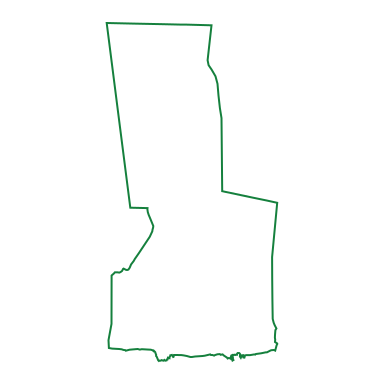 Lotofaga, Atua, Samoa
{"feature_id": "51752279B14441590630946", "entity_name": "Lotofaga", "entity_type": "district", "adm_level": 2, "iso_a3": "WSM", "parent_name": "Samoa", "parent_adm1": "Atua", "projection": "natural_earth1", "projection_center": [-171.572, -14.0], "detail": "fine", "context": "isolated", "style": "outline", "palette": "green", "viewbox_px": 384, "rotation_deg": 0, "n_neighbors": 0, "source": "geoboundaries", "source_scale": "gbopen_adm2", "svg_char_len": 2155}
<svg xmlns="http://www.w3.org/2000/svg" viewBox="0 0 384 384"><path d="M108.9,348.0L112.1,348.6L119.1,349.0L121.7,349.3L123.3,349.9L125.4,350.2L125.8,350.7L129.6,349.7L137.7,349.0L139.8,349.6L141.8,349.2L147.1,349.5L150.8,349.7L152.7,350.3L153.5,351.1L153.8,350.7L155.2,352.1L155.7,353.8L156.1,354.5L156.1,356.0L156.8,356.9L158.2,360.3L158.9,361.0L159.7,360.5L160.7,360.7L161.6,360.1L163.3,360.7L164.4,359.9L165.2,360.7L166.6,360.4L166.9,359.5L167.6,359.4L167.9,357.7L169.5,358.2L169.6,356.8L170.3,356.0L170.3,355.3L171.9,354.9L173.2,357.0L173.5,356.9L174.0,355.0L176.7,355.0L181.5,355.1L183.7,355.4L186.8,356.0L190.4,357.0L191.9,357.0L195.1,356.5L202.6,356.0L204.8,355.7L210.2,354.4L210.9,355.0L212.5,355.0L214.1,355.6L214.9,355.1L217.4,354.3L219.8,354.1L220.6,354.8L222.6,354.4L223.8,355.5L227.0,357.6L227.6,358.5L228.8,358.0L230.7,358.6L231.4,359.4L232.4,359.5L232.6,360.5L233.4,360.0L232.5,358.7L233.0,358.1L232.7,356.9L231.2,358.1L230.7,357.5L231.3,355.5L232.8,354.8L233.8,355.1L234.3,354.7L235.3,355.0L236.1,354.6L236.9,354.8L237.2,353.5L237.8,353.0L239.3,353.1L240.1,354.1L239.9,356.5L240.8,357.8L241.9,355.3L243.1,355.2L243.0,356.7L243.4,357.5L244.4,357.6L244.7,356.6L244.5,355.6L246.3,355.1L250.2,355.1L254.3,354.4L255.2,354.6L255.9,354.0L261.1,353.3L265.9,352.3L267.0,352.3L270.5,350.5L271.4,350.2L273.9,350.0L275.2,350.6L276.6,345.3L277.3,343.9L277.1,343.4L275.0,342.0L275.2,339.5L274.9,337.8L275.0,335.0L275.4,330.1L276.4,328.5L274.7,325.2L273.7,322.8L272.7,318.9L272.4,299.5L272.2,278.4L272.1,257.1L277.2,202.8L266.7,200.5L252.6,197.6L222.2,191.2L221.5,118.1L219.9,108.1L218.5,95.6L217.5,83.8L215.5,76.3L211.6,69.6L208.6,65.2L207.6,60.2L211.5,25.3L186.0,24.6L181.0,24.6L163.6,24.2L133.7,23.6L106.7,23.0L117.4,106.9L130.3,207.7L147.5,208.1L147.4,209.3L147.8,212.1L148.7,214.9L149.9,217.7L153.3,226.0L153.1,227.6L152.5,229.8L152.3,231.3L149.8,236.7L138.9,253.1L134.8,259.0L133.7,261.0L131.1,264.4L129.7,267.7L128.4,269.6L127.1,270.0L125.9,269.8L123.6,268.6L123.1,268.9L122.1,270.9L120.5,272.1L119.3,272.6L117.3,272.3L114.9,272.3L113.9,273.5L111.6,275.5L111.5,323.9L108.5,340.2L108.9,348.0Z" fill="none" stroke="#15803d" stroke-width="2"/></svg>